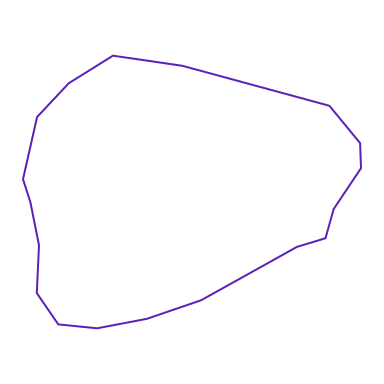 an SVG outline of Andorra
{"feature_id": "AND", "entity_name": "Andorra", "entity_type": "country or territory", "adm_level": 0, "iso_a3": "AND", "parent_name": "Europe", "parent_adm1": "", "projection": "natural_earth1", "projection_center": [1.563, 42.539], "detail": "fine", "context": "isolated", "style": "outline", "palette": "violet", "viewbox_px": 384, "rotation_deg": 0, "n_neighbors": 0, "source": "natural_earth", "source_scale": "50m", "svg_char_len": 344}
<svg xmlns="http://www.w3.org/2000/svg" viewBox="0 0 384 384"><path d="M325.5,238.2L296.9,246.9L201.2,300.2L146.9,318.8L97.1,328.3L58.3,324.4L36.8,293.1L39.0,245.3L30.4,202.2L23.0,179.2L37.1,117.0L68.8,83.2L112.9,55.7L182.3,65.8L329.4,105.8L360.1,143.1L361.0,168.2L333.7,209.0L325.5,238.2Z" fill="none" stroke="#5b21b6" stroke-width="2"/></svg>